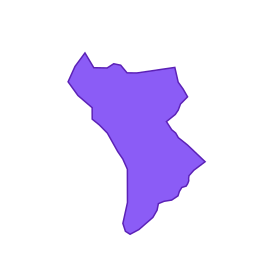 outline of Mbarara, rotated 314°
{"feature_id": "UGA-3374", "entity_name": "Mbarara", "entity_type": "County", "adm_level": 1, "iso_a3": "UGA", "parent_name": "Uganda", "parent_adm1": "", "projection": "mercator", "projection_center": [30.545, -0.528], "detail": "fine", "context": "isolated", "style": "filled", "palette": "violet", "viewbox_px": 256, "rotation_deg": 314, "n_neighbors": 0, "source": "natural_earth", "source_scale": "10m", "svg_char_len": 749}
<svg xmlns="http://www.w3.org/2000/svg" viewBox="0 0 256 256"><g transform="rotate(314 128 128)"><path d="M119.6,52.8L135.5,47.1L152.1,44.9L147.6,61.5L156.7,71.3L164.3,73.1L168.1,79.1L167.0,89.0L173.7,96.1L204.1,119.6L195.8,132.3L194.3,140.6L191.8,149.2L181.7,149.1L175.8,151.7L170.6,152.6L159.3,151.2L157.1,160.6L157.5,165.8L156.0,170.9L157.1,182.7L157.3,206.9L143.4,204.7L136.1,205.0L134.0,206.5L132.2,208.4L129.4,209.6L126.6,210.2L122.6,208.0L118.1,209.0L113.9,211.1L106.5,209.5L100.4,204.9L94.7,202.4L89.1,206.0L81.0,208.0L62.5,206.4L53.0,203.3L51.9,197.9L55.8,190.6L74.0,179.4L97.9,156.2L102.1,145.8L103.9,137.0L110.0,116.7L110.3,105.3L109.5,96.1L117.7,88.1L116.6,69.4L119.6,52.8Z" fill="#8b5cf6" stroke="#5b21b6" stroke-width="1.5"/></g></svg>